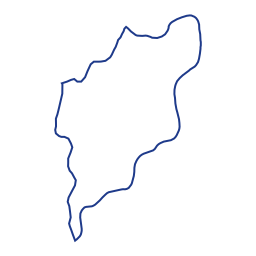 Rangrim, Chagang-do, North Korea (Albers equal-area conic projection)
{"feature_id": "82179303B57192008066519", "entity_name": "Rangrim", "entity_type": "district", "adm_level": 2, "iso_a3": "PRK", "parent_name": "North Korea", "parent_adm1": "Chagang-do", "projection": "albers", "projection_center": [127.189, 40.817], "detail": "fine", "context": "isolated", "style": "outline", "palette": "blue", "viewbox_px": 256, "rotation_deg": 0, "n_neighbors": 0, "source": "geoboundaries", "source_scale": "gbopen_adm2", "svg_char_len": 2076}
<svg xmlns="http://www.w3.org/2000/svg" viewBox="0 0 256 256"><path d="M61.9,83.3L62.4,84.2L62.4,85.9L62.3,93.7L60.7,100.6L59.1,107.5L58.3,110.8L57.4,114.4L55.9,118.7L56.0,123.9L56.0,126.5L55.2,129.9L55.9,133.4L59.0,136.0L61.4,136.9L64.5,136.9L68.4,138.6L70.7,143.0L71.0,143.6L72.3,147.3L70.6,152.5L68.2,158.5L68.2,160.3L68.2,162.9L68.1,166.3L69.7,170.7L72.0,173.3L74.3,177.6L75.8,180.2L75.0,185.4L71.8,191.4L68.6,197.5L67.7,201.8L69.3,206.1L70.0,211.3L70.7,217.4L69.1,223.5L69.8,226.1L71.4,230.4L72.9,234.7L75.1,240.6L76.8,239.3L79.8,236.3L80.8,234.6L81.3,232.8L81.7,230.8L81.7,228.8L80.2,217.5L80.4,213.5L81.8,210.4L83.1,208.8L84.5,207.4L86.1,206.9L91.9,206.3L93.4,205.7L95.2,204.6L99.8,200.4L102.5,197.4L105.5,194.5L107.1,193.1L108.8,192.2L121.1,189.5L123.0,189.2L125.0,189.3L126.8,188.9L128.7,187.9L131.2,184.7L131.9,183.1L133.8,176.0L134.3,171.9L134.4,167.8L135.0,164.2L136.4,161.0L137.5,159.1L138.8,157.4L140.2,155.9L141.8,154.7L143.7,153.7L153.1,150.4L154.8,149.0L157.1,145.6L158.6,144.2L160.4,143.1L163.8,141.6L170.9,140.2L174.1,138.5L175.6,136.9L176.7,135.2L178.8,130.6L179.3,128.9L179.6,126.8L179.5,124.7L179.4,122.9L179.0,119.2L177.3,112.3L176.4,109.1L175.4,103.5L175.0,97.9L174.4,94.1L174.5,89.8L175.2,86.1L175.7,84.4L177.1,81.2L179.7,78.1L182.7,75.3L189.1,70.5L190.1,69.5L194.7,66.6L196.1,65.1L198.0,62.1L199.0,58.8L199.9,53.8L200.5,48.8L200.5,47.2L200.8,45.4L200.8,42.0L200.5,40.4L200.2,34.1L199.3,29.4L199.1,24.5L198.1,21.2L197.2,19.6L196.1,18.1L194.5,16.8L191.4,15.5L189.8,15.4L186.7,15.8L181.8,17.3L177.0,19.2L172.2,21.9L170.6,23.2L169.5,24.7L168.7,26.3L168.6,27.9L168.1,29.6L167.4,31.0L165.1,34.3L161.8,36.5L157.2,38.0L152.1,37.7L150.5,36.9L147.2,35.8L145.5,35.6L142.4,35.9L137.2,35.6L135.6,35.0L134.6,34.2L131.0,31.5L128.1,28.5L126.5,27.2L126.1,26.9L124.4,28.7L123.6,31.3L122.1,33.9L120.5,37.4L118.1,40.0L117.3,42.6L115.7,46.9L114.2,49.5L111.8,54.7L110.2,57.3L105.5,60.8L100.8,61.6L96.9,61.7L93.8,61.7L90.7,64.3L89.1,67.7L87.5,71.2L85.1,77.2L81.2,81.6L77.3,81.6L74.2,79.0L71.0,79.9L67.1,81.6L61.9,83.3Z" fill="none" stroke="#1e3a8a" stroke-width="2"/></svg>